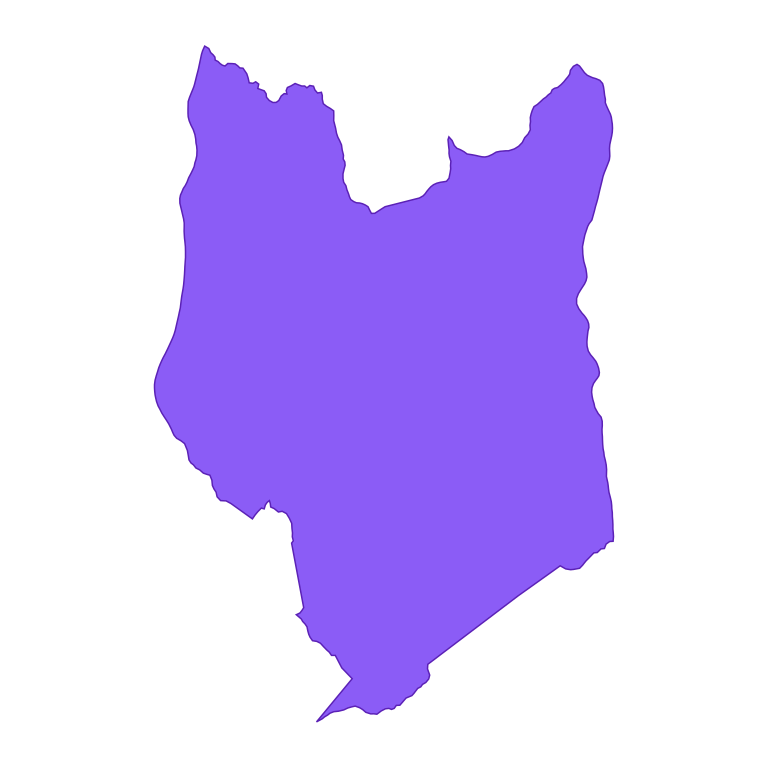 the district of Tocantínia, Tocantins, Brazil
{"feature_id": "56859067B6986223411705", "entity_name": "Tocantínia", "entity_type": "district", "adm_level": 2, "iso_a3": "BRA", "parent_name": "Brazil", "parent_adm1": "Tocantins", "projection": "robinson", "projection_center": [-48.142, -9.618], "detail": "fine", "context": "isolated", "style": "filled", "palette": "violet", "viewbox_px": 768, "rotation_deg": 0, "n_neighbors": 0, "source": "geoboundaries", "source_scale": "gbopen_adm2", "svg_char_len": 6045}
<svg xmlns="http://www.w3.org/2000/svg" viewBox="0 0 768 768"><path d="M613.1,541.3L613.5,536.6L613.3,533.3L612.9,529.0L612.9,524.5L612.7,520.3L612.4,516.8L612.3,512.5L611.8,508.6L611.7,505.6L611.3,501.7L610.3,497.3L609.0,492.4L608.5,488.8L608.2,485.8L607.8,482.9L607.1,479.7L606.4,476.4L606.5,473.0L606.6,469.6L606.2,464.9L605.3,460.3L604.2,455.9L603.8,452.3L603.1,448.8L602.7,444.4L602.5,440.1L602.4,436.4L602.1,433.0L602.0,429.3L602.3,425.6L602.2,421.2L601.1,417.1L598.2,413.6L596.5,410.6L594.8,407.4L594.0,403.5L592.8,399.6L592.1,396.1L591.6,392.1L592.0,387.6L593.5,383.5L595.4,380.7L597.3,378.2L598.9,375.7L599.4,372.6L598.6,368.1L597.1,363.9L595.8,361.3L593.2,357.9L590.5,354.7L588.3,351.1L587.1,346.2L586.9,342.1L587.1,339.0L587.5,335.1L588.0,331.0L588.9,327.5L588.7,324.0L587.6,320.7L586.0,318.0L584.3,315.7L581.8,312.9L578.8,308.7L576.6,303.9L576.6,298.4L578.4,293.6L580.9,289.5L582.8,286.6L584.5,284.0L586.1,280.6L586.9,277.1L586.6,273.5L585.9,268.8L584.8,264.9L583.8,261.4L583.2,257.4L582.8,253.9L582.7,250.7L582.5,246.7L583.3,242.5L584.0,239.0L584.9,234.8L586.5,230.0L587.7,226.4L589.1,223.7L591.9,220.0L593.3,214.9L594.4,211.0L595.5,206.5L596.8,202.2L597.8,198.5L599.7,190.2L601.4,183.3L602.3,179.6L603.0,176.5L604.3,172.7L606.4,167.5L607.9,163.7L609.3,160.0L609.8,156.2L609.7,152.7L609.5,148.5L609.8,144.6L610.7,140.4L611.7,135.9L612.3,132.1L612.5,128.2L612.3,124.0L611.8,120.8L611.3,117.2L610.4,114.2L609.1,111.5L607.8,108.7L606.5,105.8L605.3,102.7L605.4,99.3L604.6,95.3L604.1,91.0L603.5,86.8L602.6,83.5L599.8,80.3L595.8,78.6L592.6,77.7L589.9,76.5L587.3,75.3L584.5,72.7L581.8,69.0L579.5,66.0L577.0,64.4L573.4,66.3L570.4,70.3L569.7,74.2L568.0,76.7L565.8,79.3L564.0,81.6L561.1,84.6L557.6,87.5L554.5,88.3L552.2,89.8L550.8,93.0L548.3,94.8L546.0,97.1L543.4,98.9L540.5,101.6L537.3,104.5L534.0,106.6L532.3,110.3L531.1,114.0L530.3,117.5L530.5,121.7L530.0,125.2L530.3,129.8L528.1,134.0L524.7,137.7L522.3,142.5L518.6,146.3L514.4,148.9L511.1,150.0L508.5,150.8L505.9,150.8L500.1,151.3L496.2,152.1L492.2,154.5L488.2,156.3L485.0,157.0L482.1,156.8L479.0,156.2L476.0,155.5L471.8,154.7L467.1,154.0L464.0,151.7L460.4,149.7L456.9,148.3L454.3,145.5L452.1,140.5L448.9,136.9L448.0,139.7L448.3,142.7L448.6,146.0L449.1,150.1L449.0,153.4L449.5,156.9L450.9,161.3L450.5,165.4L450.7,168.8L450.1,172.7L449.0,178.2L446.5,181.3L443.6,181.8L440.3,182.3L436.8,183.2L433.5,184.7L430.8,186.8L428.8,189.0L426.9,191.3L425.2,193.7L423.2,195.8L419.4,198.0L385.1,206.7L381.6,208.9L377.1,211.8L374.8,213.3L371.4,213.4L369.6,210.0L368.0,206.7L365.3,205.0L362.4,203.7L359.6,203.0L356.5,202.8L353.9,201.7L350.8,199.6L349.5,196.9L348.6,194.0L346.9,189.7L345.9,185.7L343.7,182.3L343.0,178.5L343.0,173.8L344.2,168.8L345.1,165.4L344.8,161.9L343.2,159.0L343.5,155.3L342.2,150.0L341.5,144.9L339.7,140.8L337.8,137.1L336.5,133.2L335.6,128.2L333.7,120.7L333.8,115.8L333.7,110.9L330.4,108.5L326.6,106.3L323.3,103.7L322.3,99.2L322.3,95.5L321.4,92.3L317.5,93.0L314.9,89.9L313.5,86.2L309.8,85.5L306.9,87.8L304.7,86.0L301.7,86.0L298.6,84.9L295.1,83.5L291.0,85.9L287.4,87.5L286.2,90.5L286.9,94.0L284.2,93.6L281.2,96.0L278.8,100.5L276.2,102.4L272.9,102.5L269.3,100.5L266.5,97.3L266.1,93.7L264.2,90.8L261.1,89.7L257.8,88.5L258.7,84.1L255.7,81.8L253.0,83.3L249.2,82.8L248.1,77.9L246.8,73.8L245.1,71.3L243.0,68.2L239.8,67.9L237.7,65.8L235.1,63.9L232.2,63.6L227.8,63.5L225.0,66.0L222.4,65.2L220.1,63.6L218.0,61.5L215.2,60.1L214.9,57.1L213.2,54.9L210.7,52.6L208.8,48.5L204.7,46.1L202.7,50.5L201.5,54.3L200.1,61.0L199.3,64.8L198.5,68.6L197.6,72.2L196.7,75.6L195.6,80.1L194.6,84.1L193.8,86.8L192.5,90.1L190.9,94.0L189.5,97.5L188.2,101.5L188.1,105.5L188.0,109.3L188.0,113.3L188.2,116.8L189.2,120.8L191.0,125.2L193.2,129.5L194.9,134.5L195.7,139.0L196.0,143.0L196.6,145.9L197.0,150.2L196.8,155.7L195.9,159.8L194.9,162.9L194.2,166.5L192.8,169.7L191.1,173.2L188.7,177.7L187.0,182.2L185.3,185.5L183.3,188.5L181.8,192.1L180.5,195.0L179.8,198.5L179.9,203.2L180.7,206.7L181.6,210.4L182.6,214.7L183.6,218.9L184.2,222.9L184.2,226.7L184.1,231.0L184.3,234.9L184.5,238.1L184.9,241.5L185.4,246.8L185.5,251.8L185.5,257.5L185.2,262.0L184.9,266.4L184.7,270.4L184.5,274.2L184.2,278.2L183.9,281.8L183.6,284.9L183.1,288.5L181.7,296.5L181.3,299.6L180.9,302.9L180.3,307.9L179.3,312.4L178.4,316.7L177.3,321.4L176.2,326.2L175.3,330.2L174.1,334.2L172.8,337.6L171.3,341.0L169.5,344.9L167.7,348.8L165.2,353.9L163.2,357.6L161.8,360.5L160.2,364.1L158.7,367.9L157.7,371.3L156.3,375.7L155.1,380.1L154.5,384.6L154.5,387.9L154.7,391.2L155.1,394.9L155.7,397.9L156.5,401.4L158.1,405.9L160.0,409.4L161.8,413.0L164.2,416.8L166.2,419.8L168.7,423.8L171.3,429.0L172.8,432.6L174.1,435.3L176.7,438.3L181.0,440.8L184.6,443.6L187.4,450.5L188.3,455.6L189.0,459.9L191.0,463.0L193.4,464.8L195.9,468.0L199.7,469.9L203.3,473.1L206.7,474.3L209.9,475.2L211.9,480.2L212.4,485.5L214.0,489.0L216.1,492.2L217.1,496.8L220.6,500.6L226.1,500.9L230.9,503.5L252.4,518.9L255.0,515.1L257.7,511.8L261.3,508.1L264.2,508.9L265.4,504.9L267.2,502.3L269.4,500.6L270.3,503.6L270.7,507.0L274.2,508.6L278.4,512.0L282.2,511.3L286.5,513.6L289.3,518.2L291.7,523.3L292.0,528.6L292.5,533.0L292.3,536.8L293.3,540.8L291.6,543.1L303.7,607.7L301.9,610.5L299.9,613.0L296.3,614.7L301.3,619.0L302.7,621.5L305.0,623.9L307.0,626.8L307.9,631.2L308.8,634.4L310.1,637.3L312.5,640.7L316.8,641.4L320.4,643.2L323.6,646.7L326.7,649.9L329.3,652.2L331.5,655.4L335.3,655.4L341.8,667.9L352.2,678.7L316.5,721.9L322.4,718.7L324.5,716.9L327.7,715.0L330.0,713.2L333.8,711.7L338.5,711.2L343.8,709.9L347.8,708.0L351.6,706.9L355.2,706.1L359.6,707.7L362.7,709.6L365.8,712.3L370.8,713.9L373.7,713.8L376.9,714.2L381.3,710.9L385.4,708.8L388.9,708.4L391.5,709.4L394.2,708.4L396.3,705.4L399.9,705.2L403.5,701.0L406.1,698.0L411.9,695.6L413.8,693.5L417.7,688.4L420.8,686.8L422.5,684.4L425.8,682.5L428.7,679.0L429.7,675.1L427.5,668.9L427.8,664.3L518.3,595.7L560.2,565.8L565.7,568.9L570.6,569.7L573.6,569.4L579.6,568.3L582.6,565.2L584.3,563.0L586.2,560.7L588.9,558.0L593.8,552.9L597.3,552.5L601.0,548.9L604.4,548.5L606.1,544.1L609.7,541.5L613.1,541.3Z" fill="#8b5cf6" stroke="#5b21b6" stroke-width="1.5"/></svg>